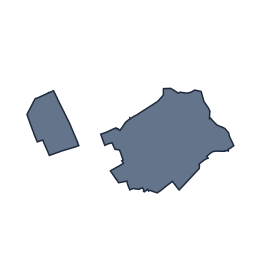 outline of Tultitlán, México, Mexico, rotated 232°
{"feature_id": "50627088B9112737651224", "entity_name": "Tultitlán", "entity_type": "district", "adm_level": 2, "iso_a3": "MEX", "parent_name": "Mexico", "parent_adm1": "México", "projection": "mercator", "projection_center": [-99.134, 19.631], "detail": "fine", "context": "isolated", "style": "filled", "palette": "slate", "viewbox_px": 256, "rotation_deg": 232, "n_neighbors": 0, "source": "geoboundaries", "source_scale": "gbopen_adm2", "svg_char_len": 5308}
<svg xmlns="http://www.w3.org/2000/svg" viewBox="0 0 256 256"><g transform="rotate(232 128 128)"><path d="M137.2,180.2L134.2,177.7L132.2,176.1L131.4,172.0L130.7,167.9L131.3,160.7L132.0,153.2L132.4,149.4L132.9,143.2L133.4,140.7L133.6,139.9L133.7,137.9L133.8,136.1L134.9,135.7L134.4,135.4L134.2,135.4L133.8,135.3L134.0,134.2L134.1,133.3L134.1,132.3L134.1,130.5L134.0,129.5L133.8,128.8L133.6,128.2L133.4,127.5L133.0,126.8L132.7,125.6L132.2,124.2L132.0,123.5L131.9,122.8L131.5,121.8L131.5,121.6L131.4,121.2L131.0,120.2L131.4,120.0L131.7,119.6L131.8,119.6L132.2,119.8L132.4,119.8L132.7,119.8L132.8,119.8L133.0,119.9L133.3,119.8L133.4,119.7L133.6,119.6L133.7,119.4L133.8,119.2L134.0,119.2L134.6,119.1L134.7,118.9L134.7,118.7L134.8,118.4L134.9,118.1L135.7,118.3L135.8,117.4L135.9,117.0L136.1,116.4L136.2,116.0L136.4,115.5L136.5,114.9L136.6,114.5L136.7,114.1L137.0,112.7L137.1,112.4L137.4,110.8L137.6,109.9L137.7,109.6L137.8,109.3L137.7,109.2L139.1,105.1L139.7,103.3L139.9,102.7L136.6,101.6L134.4,100.9L133.2,100.5L128.6,99.0L127.7,102.6L127.7,102.8L126.1,106.2L124.5,105.9L124.2,105.8L121.2,105.1L119.2,104.6L118.2,105.6L117.0,106.7L116.2,107.5L115.9,107.8L115.8,107.7L112.6,106.8L109.6,105.7L105.7,104.4L106.0,102.9L103.0,102.7L103.3,99.9L103.6,97.3L104.1,94.5L104.1,94.4L104.5,91.9L104.5,91.7L104.9,89.1L105.0,87.7L103.9,87.6L103.2,87.6L101.0,87.5L96.8,87.2L95.3,87.1L95.3,87.3L95.0,87.3L95.0,87.1L94.3,87.1L93.7,87.1L90.6,86.9L89.1,89.9L87.3,93.4L86.9,94.4L86.1,94.0L84.5,93.3L84.4,93.2L81.2,92.2L78.1,91.3L77.7,93.0L77.1,94.5L76.8,95.1L76.7,95.3L76.5,95.6L75.9,96.0L74.9,96.7L74.9,96.9L74.8,97.2L74.6,97.5L74.3,97.7L73.9,98.0L73.4,98.3L73.0,98.7L72.7,99.9L72.7,100.0L72.3,101.4L72.3,101.5L72.2,101.7L71.9,102.6L69.3,102.1L69.1,102.0L68.6,101.3L68.4,101.4L68.0,101.7L67.7,101.6L67.4,105.8L66.7,105.6L66.1,105.5L65.7,105.4L65.6,105.9L65.4,106.5L65.2,106.8L65.1,107.0L64.9,107.2L64.0,107.8L63.9,107.8L63.3,108.2L62.2,108.8L61.1,109.6L60.0,110.3L59.1,110.9L58.9,111.0L58.9,111.3L58.7,113.7L58.6,114.3L58.6,114.5L58.6,117.8L58.6,118.8L58.7,121.2L58.7,121.4L58.8,121.5L58.7,122.3L58.7,124.4L58.6,127.2L58.6,130.1L58.1,130.1L47.7,130.1L48.5,135.9L48.8,137.9L49.3,140.8L49.8,143.8L50.4,147.6L51.4,153.9L51.5,155.0L51.7,156.0L51.9,157.4L52.1,158.5L52.1,158.8L52.2,159.2L52.5,159.4L52.7,159.7L53.0,159.9L53.6,160.5L54.1,160.9L54.5,161.3L54.9,161.4L55.5,161.5L55.8,161.5L55.8,162.7L55.8,164.0L55.8,164.5L55.8,164.8L55.8,165.2L55.8,166.1L55.8,167.5L55.8,168.4L55.8,169.1L55.6,169.9L55.5,170.3L55.4,171.1L55.2,171.7L54.9,172.3L54.4,172.8L55.1,172.6L55.7,172.6L56.3,172.5L56.9,172.5L57.2,172.5L57.3,174.5L57.4,177.0L57.4,178.2L57.4,178.9L57.3,179.2L57.2,179.8L56.8,181.0L56.2,182.2L54.8,184.2L54.7,184.3L53.8,185.3L51.1,188.6L50.1,189.9L50.4,190.2L50.3,190.3L49.9,191.0L48.9,192.5L48.1,192.9L48.5,193.4L48.8,193.4L49.5,193.6L49.1,196.3L49.1,197.3L48.9,200.3L49.0,200.5L49.4,200.6L50.6,200.9L52.4,201.3L54.4,201.8L55.7,202.0L57.4,202.4L58.6,202.7L58.9,202.8L59.7,203.1L60.5,203.4L61.1,203.9L61.6,204.0L62.0,204.2L62.4,204.3L67.2,204.1L68.4,204.1L68.2,204.0L68.6,203.7L68.8,203.6L69.0,203.5L69.3,203.4L69.6,203.3L69.8,203.2L70.1,203.1L70.5,202.9L70.7,202.7L70.9,202.6L71.0,202.6L71.2,202.4L71.4,202.3L71.5,202.2L72.0,201.9L72.4,201.7L72.6,201.6L72.9,201.4L73.5,201.0L73.9,200.8L74.2,200.7L74.5,200.5L74.8,200.4L75.2,200.2L75.5,200.0L75.6,199.9L76.2,199.8L76.7,199.8L77.6,199.7L79.0,199.5L79.8,199.4L80.2,199.4L80.7,199.4L81.2,199.3L81.3,199.3L81.7,199.2L82.3,199.2L82.8,199.1L83.6,199.1L84.3,199.1L85.0,199.1L85.0,198.7L85.1,197.9L85.3,198.0L90.0,202.1L90.8,202.9L94.6,203.7L101.9,204.1L106.4,205.9L111.7,208.1L111.8,208.1L115.8,204.8L116.8,204.0L117.4,199.8L119.0,196.1L122.9,192.3L124.3,191.0L124.3,189.1L128.2,187.9L131.2,186.7L133.0,186.0L137.2,180.2ZM203.2,92.3L203.3,92.2L203.7,90.3L204.1,88.7L204.3,87.8L204.4,87.7L204.6,87.2L205.0,87.1L204.7,86.2L204.8,86.1L204.9,85.7L205.2,84.4L205.4,83.6L205.4,83.4L205.5,83.0L205.7,82.3L205.8,81.9L206.0,81.0L206.2,80.2L206.3,79.7L206.6,78.6L206.6,78.4L207.2,76.1L207.4,75.4L207.5,74.8L207.7,74.3L208.3,73.1L206.7,69.4L205.4,66.6L204.9,65.5L204.1,63.8L202.3,59.8L200.9,56.8L200.3,56.5L199.5,56.2L199.4,56.2L199.1,56.1L198.7,56.0L198.5,55.9L197.1,55.4L194.8,54.7L191.6,53.6L189.4,52.9L186.2,51.9L184.9,51.4L184.3,51.3L183.7,51.1L183.3,51.0L182.0,50.6L181.8,50.5L181.6,50.4L180.3,50.0L179.9,49.8L179.6,49.8L179.3,49.7L178.0,49.3L176.7,49.0L172.9,47.9L172.7,48.4L172.0,50.5L171.0,53.4L167.7,52.5L167.3,52.4L165.5,51.9L164.1,51.5L162.9,51.3L162.5,51.2L162.2,51.1L160.1,50.5L159.5,50.4L158.0,50.0L157.0,49.7L154.8,49.1L153.9,51.7L153.8,52.3L153.6,52.8L153.3,53.6L153.2,53.9L151.9,57.8L150.6,61.8L150.5,62.1L149.4,64.9L147.5,69.7L147.6,69.8L146.3,72.8L145.6,74.5L144.4,78.4L146.0,78.8L146.8,79.1L148.1,79.6L153.7,81.1L154.6,81.3L159.5,82.6L160.1,82.8L160.9,83.0L163.9,83.8L164.4,84.0L164.9,84.1L167.1,84.7L169.3,85.2L170.3,85.4L171.0,85.5L172.4,85.8L172.6,85.8L173.7,86.1L174.1,86.1L175.7,86.5L176.4,86.6L177.8,86.9L178.3,87.0L178.7,87.1L180.4,87.5L183.7,88.1L185.6,88.5L186.1,88.6L187.6,88.9L187.9,89.0L188.8,89.2L189.0,89.2L190.7,89.6L192.3,89.9L194.0,90.2L194.8,90.4L195.1,90.6L195.4,90.7L195.6,90.7L196.3,90.8L197.0,91.0L198.5,91.3L199.2,91.4L199.4,91.5L199.9,91.6L200.0,91.6L200.4,91.7L200.9,91.8L201.8,92.0L203.2,92.3Z" fill="#64748b" stroke="#1e293b" stroke-width="1.5"/></g></svg>